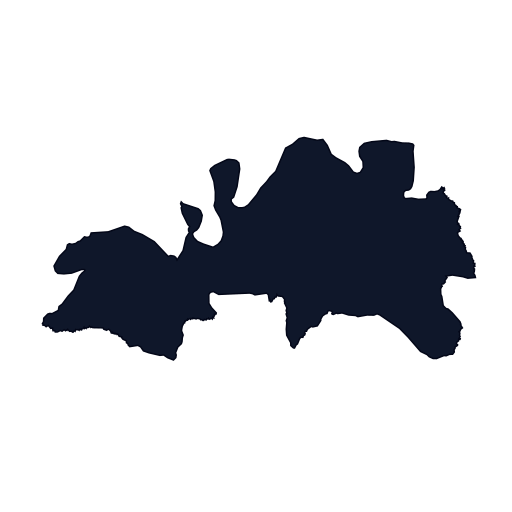 Zabzugu, Northern, Ghana, rotated 86°
{"feature_id": "2480657B72410528378772", "entity_name": "Zabzugu", "entity_type": "district", "adm_level": 2, "iso_a3": "GHA", "parent_name": "Ghana", "parent_adm1": "Northern", "projection": "mercator", "projection_center": [0.33, 9.091], "detail": "fine", "context": "isolated", "style": "filled", "palette": "ink", "viewbox_px": 512, "rotation_deg": 86, "n_neighbors": 0, "source": "geoboundaries", "source_scale": "gbopen_adm2", "svg_char_len": 6010}
<svg xmlns="http://www.w3.org/2000/svg" viewBox="0 0 512 512"><g transform="rotate(86 256 256)"><path d="M196.8,326.8L198.6,327.6L201.5,326.4L202.7,327.3L208.2,326.5L219.8,321.8L222.0,320.1L224.3,321.5L226.4,321.5L227.7,320.7L232.6,324.4L245.6,328.4L254.5,335.1L251.8,336.1L250.4,337.8L249.6,341.1L250.3,343.6L234.6,356.5L226.7,368.0L222.9,375.9L218.4,380.9L217.1,385.0L221.6,401.7L221.5,418.8L224.4,420.1L225.4,421.4L225.6,423.4L224.9,425.8L228.8,430.3L229.3,432.5L230.9,434.9L231.5,438.8L230.7,441.4L231.7,443.3L236.2,444.8L242.6,452.0L251.9,458.2L256.8,457.2L259.5,454.9L260.4,448.9L260.2,441.1L257.3,430.9L257.5,428.3L257.9,427.7L259.0,427.9L260.9,430.8L263.9,433.6L277.3,440.1L282.8,446.1L290.5,452.7L292.6,456.0L296.5,457.0L299.3,463.4L298.9,465.7L299.4,467.8L303.2,472.1L306.6,472.5L308.7,473.8L309.7,472.9L310.1,473.2L310.5,471.6L311.9,470.3L310.7,468.1L313.9,465.8L313.7,464.0L316.4,463.7L316.4,462.0L317.8,461.6L317.9,459.3L316.7,456.5L317.5,454.7L316.1,452.5L317.3,451.3L316.6,450.2L317.0,449.7L316.0,448.9L318.1,447.3L318.2,445.0L319.1,444.5L319.2,443.7L317.8,442.6L318.5,441.7L316.7,441.0L317.2,439.5L316.9,438.8L317.8,437.6L316.9,437.2L317.5,435.4L316.7,435.5L316.6,433.8L315.0,432.5L316.3,432.1L315.7,431.3L316.3,430.5L315.8,430.4L315.5,428.1L314.3,427.1L315.1,426.7L315.0,425.8L315.7,425.7L315.4,424.8L316.1,423.8L317.0,413.7L318.4,413.0L319.2,411.3L318.9,410.8L319.6,410.4L318.7,407.9L320.9,406.2L322.6,405.8L323.0,404.8L322.2,404.3L323.5,403.3L323.2,402.1L324.0,402.0L323.8,400.3L324.6,400.1L324.4,399.1L326.6,398.1L327.2,395.6L327.9,395.8L329.8,394.5L331.6,391.2L333.5,391.3L334.6,389.8L335.7,389.8L337.6,388.3L336.9,380.1L338.6,377.4L342.8,374.9L345.1,369.5L348.4,358.8L348.3,355.0L351.3,351.2L354.0,345.6L351.8,343.1L349.2,342.5L346.9,343.0L341.4,340.4L338.3,336.6L336.4,335.8L332.4,335.2L329.8,334.2L325.5,335.5L324.1,335.3L321.0,334.5L318.0,332.8L317.7,331.8L316.0,331.6L316.1,330.9L315.1,329.8L315.3,328.8L314.2,328.4L314.6,328.1L313.7,326.1L314.6,325.7L313.7,324.2L314.2,323.5L313.5,323.2L314.6,320.1L314.1,318.9L314.7,316.4L315.8,315.6L315.7,314.3L316.6,313.5L316.6,312.7L315.6,312.0L316.3,310.2L315.1,309.6L315.5,308.4L314.7,307.8L315.8,307.0L315.0,304.7L315.8,304.0L314.4,303.5L314.8,302.6L313.4,302.9L313.4,302.2L311.9,301.3L311.2,301.5L311.1,299.9L310.0,299.6L304.6,303.9L300.0,306.3L291.1,305.8L289.0,304.1L288.5,301.0L291.7,295.9L292.5,265.1L293.3,262.1L294.7,259.8L293.8,248.0L295.4,246.4L302.3,245.8L300.6,245.2L302.8,244.5L302.6,243.5L300.1,242.0L299.8,240.7L298.4,240.1L298.3,238.7L295.8,237.8L297.4,236.7L298.2,232.5L301.2,230.5L303.4,230.8L304.2,230.3L304.9,230.8L310.0,228.8L312.5,229.7L315.4,229.1L315.9,230.0L319.7,229.1L322.7,230.3L324.6,229.9L331.1,230.9L337.2,230.9L344.9,227.4L347.8,227.5L350.3,225.1L350.5,224.0L347.5,222.2L346.6,220.8L341.2,218.1L340.2,216.6L340.4,214.9L338.8,214.3L338.1,212.9L336.9,212.4L336.3,213.0L334.5,212.1L334.6,210.9L332.6,209.8L330.1,205.9L330.7,204.3L330.0,199.7L324.9,195.9L323.4,195.8L320.3,193.7L318.6,190.8L318.3,189.2L315.9,188.1L315.5,186.9L316.4,184.2L317.3,183.7L318.9,184.4L319.4,183.9L319.7,182.9L318.5,179.7L319.1,178.6L318.8,174.1L321.3,167.7L322.3,160.8L323.6,158.6L322.6,149.3L323.2,142.5L322.1,139.3L323.4,136.6L338.2,117.8L347.5,109.9L362.7,98.5L366.3,92.2L368.6,90.2L370.6,86.5L370.9,83.1L368.4,75.4L368.8,73.3L367.6,69.9L367.7,66.7L365.6,64.9L363.2,65.0L362.2,64.0L360.6,63.7L359.3,61.3L358.6,61.1L357.6,62.3L355.8,61.6L354.8,59.9L353.3,59.7L353.4,58.3L352.7,58.0L352.0,59.0L350.5,58.0L349.4,58.5L347.1,58.0L345.7,58.8L345.2,57.8L343.4,57.0L342.1,55.1L338.9,56.8L338.4,56.3L335.8,57.1L326.4,64.2L322.3,68.1L321.6,70.2L318.6,72.7L309.3,73.5L307.2,74.3L301.3,74.1L300.5,73.3L299.5,73.2L299.2,72.4L297.9,72.9L296.7,72.2L296.9,70.9L295.1,69.0L294.1,69.6L290.8,66.9L289.3,68.0L288.7,61.4L291.1,51.0L292.9,46.3L292.8,38.6L290.5,39.0L288.1,40.3L287.1,39.4L285.4,39.1L284.3,39.6L284.1,39.0L283.0,39.8L282.0,39.6L281.5,38.5L281.0,39.1L280.6,38.5L278.7,38.2L278.4,39.8L275.8,39.3L275.4,39.9L271.8,41.0L271.4,40.6L268.0,42.3L267.6,45.5L266.6,46.0L266.0,45.8L263.9,46.8L262.0,46.4L261.3,47.3L260.3,46.8L260.1,47.9L258.7,47.4L257.9,48.5L256.5,48.4L256.8,49.2L254.9,48.9L254.0,50.5L253.6,49.9L252.7,50.3L252.2,51.3L249.7,53.0L246.6,53.4L245.3,50.7L243.8,51.7L242.6,50.0L241.6,50.5L240.8,50.1L240.3,51.0L238.6,51.4L238.5,52.5L237.6,51.7L237.0,52.7L235.4,52.9L231.2,51.1L230.7,51.7L230.3,50.8L229.4,51.4L228.5,50.4L227.3,50.3L227.2,49.6L226.2,49.5L225.7,50.0L225.5,49.2L224.1,48.8L224.0,49.8L223.2,49.5L222.0,52.1L220.8,51.8L220.5,52.9L219.7,52.9L218.5,54.4L216.7,54.4L216.2,55.6L214.9,56.0L215.0,56.8L213.6,59.1L212.7,60.0L211.6,59.9L211.9,60.6L210.9,61.9L209.7,61.4L209.0,62.8L207.0,63.8L206.3,64.9L204.8,64.7L203.5,63.2L202.5,64.3L202.0,64.2L201.9,63.3L200.9,63.6L201.8,65.3L200.9,65.1L200.1,65.9L202.5,67.7L203.8,69.8L204.3,73.5L203.8,77.2L204.5,79.1L207.2,81.4L209.8,81.3L211.0,82.3L210.8,90.0L209.1,96.7L209.2,102.8L208.3,104.1L206.0,104.7L202.7,104.2L201.0,102.3L200.8,99.1L199.7,97.2L197.5,95.7L191.9,93.9L178.6,92.1L162.4,92.1L156.6,90.9L155.2,91.9L154.1,95.7L153.5,102.2L151.4,110.0L151.5,112.7L149.8,117.8L150.1,132.7L151.2,140.1L154.9,144.9L158.7,145.9L163.8,145.6L169.1,142.7L175.3,142.8L179.9,146.1L180.7,149.5L179.1,153.1L172.5,157.4L169.1,160.9L163.6,169.5L159.8,173.9L150.6,177.2L144.4,181.2L144.8,186.9L141.1,199.8L141.9,204.8L147.1,211.7L150.4,218.9L173.0,230.4L178.2,236.4L182.7,240.2L188.5,246.5L195.0,251.0L204.4,260.0L206.6,263.9L206.9,266.5L206.6,270.4L204.1,274.4L200.3,276.8L198.5,276.9L197.4,276.7L195.7,274.2L185.6,270.1L168.0,266.2L162.0,266.6L159.5,268.9L158.7,270.8L157.7,276.2L157.8,278.1L162.8,290.8L165.7,295.0L167.6,296.0L178.7,292.8L189.2,292.1L197.9,292.8L202.9,294.3L207.3,293.0L214.7,289.3L217.8,288.3L229.9,286.8L233.7,287.5L238.4,289.6L241.7,293.0L244.3,298.2L240.5,307.5L237.4,313.4L233.3,316.8L230.5,317.7L229.1,317.7L227.4,316.3L225.9,313.4L223.6,311.2L217.4,308.2L211.6,306.8L206.9,308.3L204.8,310.4L198.8,325.1L196.8,326.8Z" fill="#0f172a" stroke="#020617" stroke-width="1.5"/></g></svg>